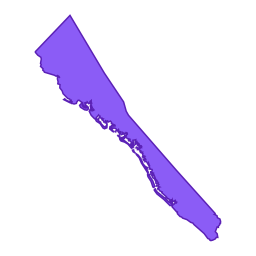 the district of West Areare, Malaita, Solomon Islands
{"feature_id": "97153195B24972598877483", "entity_name": "West Areare", "entity_type": "district", "adm_level": 2, "iso_a3": "SLB", "parent_name": "Solomon Islands", "parent_adm1": "Malaita", "projection": "natural_earth1", "projection_center": [161.183, -9.358], "detail": "fine", "context": "isolated", "style": "filled", "palette": "violet", "viewbox_px": 256, "rotation_deg": 0, "n_neighbors": 0, "source": "geoboundaries", "source_scale": "gbopen_adm2", "svg_char_len": 5993}
<svg xmlns="http://www.w3.org/2000/svg" viewBox="0 0 256 256"><path d="M35.4,51.6L35.4,52.4L37.8,55.2L40.8,57.2L41.3,59.0L40.5,63.5L41.2,64.6L40.5,66.4L43.0,68.7L42.8,70.2L43.9,71.1L44.4,72.2L54.3,75.2L56.1,76.2L57.5,75.5L59.0,76.5L59.8,77.8L57.6,76.4L57.4,78.9L58.1,81.8L57.8,83.8L60.0,84.6L59.8,87.9L62.1,90.8L63.1,93.7L67.7,98.4L69.7,99.1L70.3,100.5L71.2,100.3L71.1,101.1L72.1,101.8L71.7,102.5L71.6,101.9L70.7,102.1L66.6,100.5L64.7,98.8L63.7,99.6L70.1,102.8L74.1,104.0L76.4,103.4L76.7,102.2L78.1,100.3L79.0,100.2L81.6,102.2L81.3,103.6L79.6,105.3L80.5,107.3L84.6,109.8L87.0,110.2L88.3,109.0L88.2,107.3L85.8,108.0L84.0,107.4L82.2,105.8L82.5,104.0L82.1,102.8L82.6,102.6L82.8,104.4L84.2,106.5L87.0,106.9L87.4,106.7L86.8,105.8L85.4,105.7L84.9,102.8L85.3,102.7L85.8,104.1L86.3,102.6L86.9,102.8L87.2,101.9L88.8,103.7L90.1,102.5L90.0,101.5L91.2,100.5L91.2,102.5L91.7,103.1L90.5,103.8L91.5,105.1L91.4,105.7L90.4,105.6L90.3,106.2L90.5,106.9L91.4,106.4L92.1,107.1L91.3,107.6L92.0,108.0L91.5,109.0L92.6,108.7L91.2,109.7L93.3,109.0L93.9,109.8L92.8,109.9L93.1,110.5L92.3,110.8L91.1,110.6L91.0,111.2L90.3,109.1L89.2,111.2L91.2,115.3L94.5,118.7L96.1,119.1L96.1,117.9L98.6,115.0L98.9,115.8L100.1,116.2L99.6,117.5L100.0,117.9L101.0,117.9L101.7,119.0L102.3,118.3L102.7,118.6L102.6,119.3L103.0,119.2L102.4,120.1L103.3,120.6L103.9,122.1L105.5,121.8L105.6,120.8L106.5,121.3L107.6,120.9L108.3,122.0L110.5,121.1L111.6,122.5L111.4,123.5L114.9,125.1L115.1,125.9L113.4,126.1L112.3,125.2L111.3,125.8L111.0,126.4L111.8,126.6L112.3,128.9L113.7,128.0L115.6,128.4L116.6,129.7L116.1,130.8L116.9,130.3L117.3,130.8L118.5,129.5L119.0,131.9L119.9,131.7L120.0,132.7L121.4,131.5L120.0,134.1L120.7,133.9L121.7,134.7L122.7,134.0L122.8,132.6L123.5,133.1L122.9,134.1L123.6,134.1L124.0,133.2L125.4,133.5L126.0,132.5L127.3,133.1L127.3,134.2L126.5,134.2L126.4,135.8L124.8,135.1L124.7,136.2L122.6,137.5L123.2,138.1L124.1,137.0L125.6,137.1L128.6,139.4L128.8,138.8L130.1,139.3L129.6,140.2L129.0,139.4L128.5,140.4L129.0,141.0L130.0,140.7L131.5,142.4L131.0,143.4L132.5,145.3L132.1,146.2L132.9,147.0L133.4,146.2L132.4,144.5L132.7,143.2L132.1,141.8L132.8,142.6L132.8,143.5L134.0,144.6L132.9,140.3L135.7,139.7L135.1,141.3L135.6,144.3L136.3,144.0L135.9,141.7L136.3,141.7L136.0,142.2L136.3,142.4L136.6,140.6L137.1,143.0L137.9,143.8L137.6,145.2L139.2,145.2L138.4,144.6L138.0,143.0L139.1,144.0L139.4,145.6L138.6,146.5L140.2,145.6L141.3,145.8L141.7,146.7L141.0,146.9L141.3,147.6L139.4,147.4L140.5,148.8L138.9,147.9L137.8,148.4L136.9,147.0L136.1,147.8L137.1,147.9L137.4,149.6L138.1,149.3L140.7,150.8L140.1,151.6L141.1,151.9L140.5,152.2L141.1,152.8L142.3,152.4L142.0,153.1L142.9,153.4L142.6,154.6L143.0,155.5L144.9,156.3L144.1,156.9L142.5,156.6L142.4,157.0L145.3,158.3L145.7,159.3L143.2,159.3L144.1,160.7L144.9,160.7L145.0,161.7L146.3,161.3L148.1,164.4L148.5,163.0L149.3,165.1L149.0,165.5L149.6,166.0L149.1,166.6L149.4,167.9L150.0,168.2L149.4,169.0L152.1,169.5L152.2,170.5L151.3,172.0L153.4,173.1L152.5,173.8L153.0,174.3L152.6,174.8L151.9,174.4L151.5,175.0L152.7,177.1L153.1,175.3L153.6,174.5L154.0,174.9L155.9,179.8L156.6,180.1L157.2,181.1L156.3,181.0L156.3,180.2L155.8,180.0L155.4,179.3L154.8,179.5L155.9,181.7L155.9,183.2L156.7,183.8L157.9,182.7L158.4,182.9L158.1,184.4L158.8,184.6L157.9,186.1L159.7,187.0L158.7,187.3L158.6,188.7L159.6,190.7L162.2,192.0L161.8,192.7L166.4,196.8L167.5,198.6L168.7,198.7L170.6,201.8L171.0,199.2L171.7,201.6L172.3,199.9L172.5,200.9L173.9,201.3L175.2,200.3L175.6,201.2L175.1,201.9L176.7,202.2L176.4,203.0L175.0,203.1L174.2,204.1L173.4,204.0L172.0,206.7L176.8,212.1L177.4,212.0L177.4,213.7L180.0,216.5L181.6,217.0L182.6,218.1L186.9,219.6L190.8,222.4L192.8,223.0L194.0,224.6L204.1,233.5L207.8,238.5L209.7,239.3L210.0,240.3L210.9,240.6L212.8,240.1L215.3,238.9L216.4,237.3L217.8,237.4L217.2,233.8L215.3,231.7L217.1,227.0L218.4,227.3L218.4,226.2L219.8,224.6L219.8,223.4L220.5,223.2L220.6,221.3L219.9,219.0L217.4,217.7L217.0,215.7L214.5,214.4L215.3,214.1L215.0,213.3L176.3,170.2L128.5,115.3L126.2,111.2L123.6,101.9L104.4,73.2L70.0,15.4L35.4,51.6ZM171.7,205.2L172.5,202.1L170.9,203.3L170.4,202.3L169.3,202.3L166.0,199.3L165.3,197.9L164.4,197.8L156.4,191.3L155.4,188.9L154.4,189.3L154.3,190.3L156.9,193.9L163.9,199.5L170.0,205.6L171.7,205.2ZM154.8,186.3L152.8,181.0L148.7,174.7L149.5,175.1L149.9,174.5L147.8,174.0L147.5,174.7L148.0,176.7L151.0,181.4L152.9,187.0L153.8,187.4L154.8,186.3ZM107.4,121.7L105.8,121.8L105.5,122.6L106.7,123.7L106.9,124.6L105.3,127.2L103.5,126.2L101.0,123.5L100.6,122.1L98.6,121.0L97.5,119.4L97.0,119.1L95.7,119.9L96.5,121.3L100.0,123.5L103.0,128.0L104.5,128.8L106.9,127.8L107.1,124.0L106.4,122.5L107.4,121.7ZM148.3,172.3L147.0,169.5L146.0,169.0L145.8,167.0L143.1,164.0L141.9,160.9L141.1,160.1L141.1,159.0L138.3,155.2L136.1,153.7L136.3,154.5L139.2,157.8L141.4,163.0L147.8,173.0L148.3,172.3ZM132.8,147.7L131.9,147.3L131.7,146.0L131.1,145.3L130.2,145.2L124.0,140.3L122.9,139.8L122.9,140.5L122.2,140.8L121.9,140.0L122.6,139.7L122.4,138.9L121.6,138.8L121.7,139.4L121.2,139.1L121.5,137.6L119.6,138.2L119.9,139.6L121.0,141.0L124.6,142.1L128.0,144.2L131.4,148.2L132.8,147.7ZM135.3,153.1L134.0,151.5L133.6,149.9L132.4,150.1L133.1,151.7L135.3,153.1ZM111.6,129.8L110.6,128.5L110.5,127.0L110.0,126.8L109.6,128.9L111.1,130.1L111.6,129.8ZM114.0,132.1L112.6,130.4L111.5,130.2L112.2,131.2L114.0,132.1ZM120.0,136.1L118.0,135.3L117.7,135.7L119.4,137.1L120.0,136.1ZM151.8,173.2L151.2,172.1L150.7,171.9L150.7,173.0L151.8,173.2ZM155.2,178.7L154.5,177.9L153.5,178.1L154.6,179.0L155.2,178.7ZM147.6,167.8L146.8,167.2L146.5,168.0L147.2,168.4L147.6,167.8ZM158.4,188.5L158.2,187.8L157.7,188.3L157.9,189.1L158.4,188.5ZM156.7,186.1L157.1,185.0L156.4,186.0L156.7,186.1ZM130.3,145.1L130.9,144.3L130.0,144.8L130.3,145.1ZM115.7,131.7L115.9,130.9L115.3,131.2L115.7,131.7ZM98.6,119.3L98.6,118.4L98.2,118.8L98.6,119.3ZM118.9,132.7L118.8,132.0L118.4,131.4L118.4,132.1L118.9,132.7ZM124.5,137.6L124.1,137.8L124.0,138.6L124.5,138.4L124.5,137.6ZM105.2,123.5L105.2,122.7L105.2,123.5Z" fill="#8b5cf6" stroke="#5b21b6" stroke-width="1.5"/></svg>